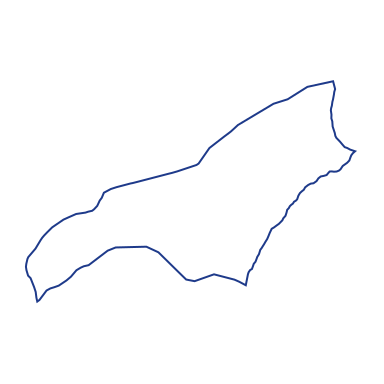 the district of Rosana, São Paulo, Brazil, rotated 5°
{"feature_id": "56859067B29082905480685", "entity_name": "Rosana", "entity_type": "district", "adm_level": 2, "iso_a3": "BRA", "parent_name": "Brazil", "parent_adm1": "São Paulo", "projection": "mercator", "projection_center": [-52.819, -22.481], "detail": "fine", "context": "isolated", "style": "outline", "palette": "blue", "viewbox_px": 384, "rotation_deg": 5, "n_neighbors": 0, "source": "geoboundaries", "source_scale": "gbopen_adm2", "svg_char_len": 2069}
<svg xmlns="http://www.w3.org/2000/svg" viewBox="0 0 384 384"><g transform="rotate(5 192 192)"><path d="M350.9,137.2L345.9,136.0L342.7,134.6L340.2,134.0L337.6,131.5L335.1,129.0L331.1,125.5L329.9,123.6L329.1,120.8L327.9,118.0L326.4,114.5L325.6,109.4L324.4,106.5L324.2,102.8L323.2,98.5L323.3,96.4L323.8,93.9L324.0,89.9L324.4,87.6L324.9,82.5L325.0,79.9L325.6,77.0L322.9,69.4L297.8,77.2L279.2,91.3L265.5,97.0L232.0,121.2L225.7,128.1L224.0,129.7L219.2,134.0L207.1,145.2L205.5,146.7L196.1,163.1L194.1,164.7L175.4,172.8L170.2,174.8L167.8,175.6L145.3,183.6L142.5,184.6L136.6,186.7L132.0,188.3L130.2,188.8L116.3,193.8L110.9,196.1L104.3,200.4L102.6,205.7L100.8,208.6L99.8,211.4L98.8,214.1L96.0,217.7L94.2,219.4L90.2,220.7L87.7,221.8L78.5,224.0L71.2,228.0L68.9,229.3L66.4,230.7L55.8,239.4L53.6,242.0L51.4,244.6L48.5,248.2L46.8,250.6L45.4,253.1L41.0,262.1L34.6,271.1L33.9,273.1L33.2,278.0L33.1,281.0L33.9,284.3L36.0,289.6L38.7,291.9L43.0,300.5L45.0,305.2L46.2,310.8L47.4,314.6L49.4,312.9L55.7,302.8L59.3,300.4L63.0,298.9L67.4,296.9L74.6,291.1L78.8,286.9L83.7,280.0L87.7,277.1L90.7,275.4L95.4,273.9L113.1,257.8L120.8,253.9L149.3,250.7L151.4,250.5L163.8,255.0L184.4,272.0L193.8,279.7L196.4,280.0L202.4,280.6L212.5,276.0L221.1,272.1L241.9,275.6L243.7,276.2L246.9,277.3L253.7,280.2L254.9,269.1L255.4,267.0L256.7,264.7L258.4,263.5L259.1,261.0L259.8,258.1L261.3,256.0L262.0,253.6L262.7,250.9L264.1,248.2L265.1,243.6L266.2,241.9L267.3,239.7L268.3,237.8L269.5,235.2L271.0,232.3L272.0,229.3L273.0,226.0L274.6,221.7L276.7,220.2L279.4,217.8L281.3,216.2L284.5,212.3L285.2,210.3L287.2,207.6L287.9,204.6L288.4,201.4L289.8,199.7L290.7,197.6L292.0,196.1L293.5,194.8L294.5,192.8L296.2,191.6L297.4,190.1L298.3,186.4L299.6,183.7L301.2,181.9L303.2,180.0L304.3,177.5L307.1,174.9L309.6,173.3L312.3,172.7L315.1,170.3L316.7,167.4L318.9,165.3L321.7,164.5L324.6,163.4L325.9,161.5L327.3,159.6L329.5,159.3L331.7,159.4L334.3,159.0L336.5,157.9L338.0,156.4L338.9,154.7L339.9,152.9L344.0,149.4L346.0,146.9L346.9,143.4L347.5,141.5L348.9,139.3L350.9,137.2Z" fill="none" stroke="#1e3a8a" stroke-width="2"/></g></svg>